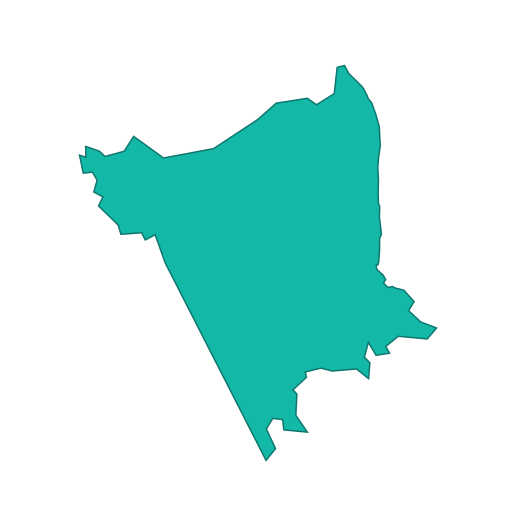 Crittenden, Kentucky, United States of America, rotated 98°
{"feature_id": "52423323B72365040154578", "entity_name": "Crittenden", "entity_type": "district", "adm_level": 2, "iso_a3": "USA", "parent_name": "United States of America", "parent_adm1": "Kentucky", "projection": "natural_earth1", "projection_center": [-88.105, 37.337], "detail": "fine", "context": "isolated", "style": "filled", "palette": "teal", "viewbox_px": 512, "rotation_deg": 98, "n_neighbors": 0, "source": "geoboundaries", "source_scale": "gbopen_adm2", "svg_char_len": 1291}
<svg xmlns="http://www.w3.org/2000/svg" viewBox="0 0 512 512"><g transform="rotate(98 256 256)"><path d="M55.0,194.9L57.9,201.9L84.3,201.1L97.8,217.1L92.7,227.1L101.8,257.2L120.7,273.4L155.6,313.0L171.8,361.2L154.6,393.8L170.6,401.1L178.4,419.4L173.9,425.9L171.2,439.9L181.9,438.2L180.7,444.8L198.0,438.6L195.7,429.6L203.0,423.9L215.2,425.5L218.8,415.8L228.3,418.9L244.5,396.8L253.3,392.8L248.9,372.5L255.5,367.9L249.0,358.8L275.7,344.8L457.0,217.6L444.0,209.8L425.9,221.7L414.5,216.8L414.3,206.8L424.3,204.3L423.3,180.6L408.2,194.4L387.0,196.3L383.4,200.8L369.1,189.2L364.0,191.0L358.0,176.2L359.3,164.5L353.9,140.7L361.8,127.4L345.8,128.4L341.2,134.6L325.9,132.7L337.6,123.3L333.7,110.2L327.5,114.9L315.7,103.9L314.3,74.9L302.2,67.2L298.3,83.9L288.9,97.3L279.2,93.1L269.3,104.8L268.4,113.2L267.3,116.7L268.1,119.0L268.7,119.3L268.6,120.4L267.2,123.4L264.7,126.0L264.1,125.7L261.3,124.3L257.3,127.3L252.8,134.0L250.3,135.5L248.3,135.5L247.8,134.9L247.8,134.0L244.4,133.7L234.6,134.3L221.2,136.0L217.9,135.0L216.1,135.0L200.3,139.2L189.7,140.4L187.1,142.0L177.5,143.7L164.3,145.2L151.3,147.7L142.1,148.3L129.5,148.3L110.5,152.0L98.8,157.2L88.2,162.8L84.6,166.8L82.0,168.1L75.2,172.9L73.3,174.8L62.3,189.6L55.1,194.8L55.0,194.9Z" fill="#14b8a6" stroke="#0f766e" stroke-width="1.5"/></g></svg>